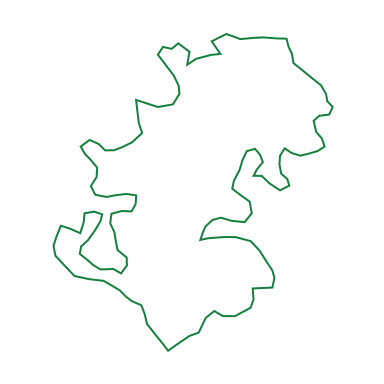 São José do Inhacorá, Rio Grande do Sul, Brazil (orthographic projection), rotated 274°
{"feature_id": "56859067B50874549869187", "entity_name": "São José do Inhacorá", "entity_type": "district", "adm_level": 2, "iso_a3": "BRA", "parent_name": "Brazil", "parent_adm1": "Rio Grande do Sul", "projection": "orthographic", "projection_center": [-54.127, -27.736], "detail": "fine", "context": "isolated", "style": "outline", "palette": "green", "viewbox_px": 384, "rotation_deg": 274, "n_neighbors": 0, "source": "geoboundaries", "source_scale": "gbopen_adm2", "svg_char_len": 1989}
<svg xmlns="http://www.w3.org/2000/svg" viewBox="0 0 384 384"><g transform="rotate(274 192 192)"><path d="M343.7,201.2L331.7,210.7L330.1,201.3L325.1,186.8L318.7,178.4L331.7,179.7L339.3,168.0L333.4,161.7L334.7,152.9L326.6,148.4L307.0,165.6L296.9,171.4L289.0,172.6L278.1,166.9L274.4,152.1L279.9,129.8L257.1,134.1L247.4,138.2L237.2,128.5L231.7,118.9L228.2,111.3L227.5,102.4L233.3,95.7L236.8,86.3L229.6,77.8L222.4,82.6L217.3,88.4L209.7,95.7L200.3,95.8L190.8,90.7L182.5,95.7L181.1,107.2L183.3,115.4L185.5,126.7L184.7,136.6L176.0,136.6L168.4,133.0L168.1,123.1L164.7,113.2L155.1,112.6L146.4,117.4L139.0,119.1L128.9,121.8L122.1,131.4L114.2,132.2L105.8,126.9L109.7,119.0L108.4,106.1L112.2,98.6L116.6,92.8L122.4,84.4L130.0,85.2L136.6,91.5L146.8,97.8L156.5,102.7L163.4,104.0L165.6,95.8L163.3,86.3L153.9,86.0L143.1,83.4L146.8,73.2L149.2,63.5L137.6,59.8L128.6,57.6L118.9,60.2L110.5,69.2L100.0,80.6L97.9,95.4L97.2,110.0L92.8,119.1L88.8,126.9L83.1,133.3L79.0,139.5L75.4,149.4L66.7,153.4L57.3,156.3L46.8,165.7L38.9,173.2L32.0,179.2L42.0,191.5L48.3,199.6L52.2,208.5L59.8,211.5L67.2,214.4L74.8,222.5L70.4,231.4L71.1,243.4L80.6,258.5L88.9,260.9L100.0,259.3L102.3,278.9L112.3,280.2L119.3,277.6L127.9,271.1L138.4,263.4L147.1,253.9L148.5,246.6L150.1,238.4L149.2,226.5L147.1,211.8L144.8,203.7L152.2,205.6L158.4,207.8L165.6,214.4L168.4,222.8L166.0,233.5L165.6,246.7L175.0,253.1L186.4,250.2L192.4,240.5L198.1,231.9L206.0,233.0L217.6,238.0L226.8,240.0L236.5,243.7L239.5,251.8L234.0,257.2L226.8,260.6L219.1,255.2L212.5,252.3L212.9,260.4L205.8,269.0L199.8,279.7L205.1,288.6L211.5,286.2L216.5,279.7L225.6,277.3L234.4,277.3L242.0,281.4L237.9,288.6L235.8,297.4L238.2,305.2L241.6,314.4L246.6,321.1L254.5,317.8L260.7,311.6L271.6,308.4L276.9,313.6L278.8,323.5L286.7,326.4L291.9,320.7L299.1,318.9L307.4,313.3L313.6,304.3L320.8,294.1L327.7,284.2L336.7,282.1L343.9,278.1L351.5,275.6L351.1,264.3L351.2,252.3L350.0,242.5L347.9,229.5L350.0,222.5L352.0,215.2L343.7,201.2Z" fill="none" stroke="#15803d" stroke-width="2"/></g></svg>